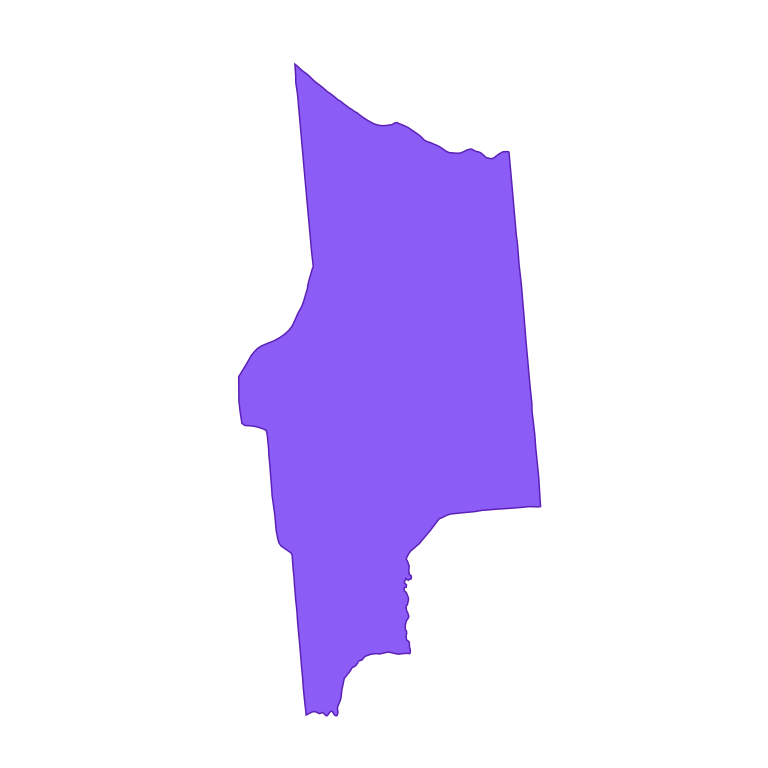 outline of Prasat Bakong, Siemréab, Cambodia, rotated 175°
{"feature_id": "14789045B83000183450022", "entity_name": "Prasat Bakong", "entity_type": "district", "adm_level": 2, "iso_a3": "KHM", "parent_name": "Cambodia", "parent_adm1": "Siemréab", "projection": "equal_earth", "projection_center": [104.001, 13.307], "detail": "fine", "context": "isolated", "style": "filled", "palette": "violet", "viewbox_px": 768, "rotation_deg": 175, "n_neighbors": 0, "source": "geoboundaries", "source_scale": "gbopen_adm2", "svg_char_len": 4315}
<svg xmlns="http://www.w3.org/2000/svg" viewBox="0 0 768 768"><g transform="rotate(175 384 384)"><path d="M381.8,113.2L381.1,114.9L381.0,117.8L381.5,119.2L381.4,120.6L381.5,122.1L381.3,124.4L382.0,125.7L383.4,126.7L384.0,127.9L383.8,131.6L383.1,133.9L383.2,136.2L384.1,137.5L384.0,140.3L383.5,143.0L382.2,146.3L381.0,147.6L380.1,149.0L379.5,150.3L380.1,153.2L381.0,155.6L381.4,157.6L381.3,158.8L381.4,160.8L380.1,161.9L379.6,163.1L378.8,165.7L378.4,166.9L378.4,168.8L378.6,170.0L379.1,171.5L379.9,174.1L380.8,175.3L381.6,176.0L381.9,177.7L381.4,179.4L379.6,179.6L379.1,181.9L380.1,183.1L380.9,183.6L380.8,185.5L380.1,186.5L379.1,188.3L378.4,187.3L376.7,186.4L375.7,187.3L374.2,187.3L373.5,188.9L373.7,190.7L375.0,192.0L375.9,192.8L375.3,194.1L375.6,195.6L375.1,198.4L374.8,200.9L375.4,202.7L375.9,205.1L377.1,207.5L376.7,208.7L375.5,210.7L374.2,212.8L372.0,215.3L369.2,217.2L366.2,219.5L362.7,221.9L360.0,224.8L356.6,228.1L353.6,231.1L350.9,233.8L346.7,238.4L344.2,241.2L341.6,244.0L340.5,245.1L339.3,245.3L337.1,246.1L332.5,247.9L328.8,248.7L322.9,248.8L317.0,248.9L310.5,248.9L304.4,249.0L297.2,249.6L292.2,249.5L282.9,249.5L276.4,249.3L269.8,249.2L264.6,249.1L257.8,249.1L250.6,249.2L244.6,248.6L241.1,248.1L238.7,248.3L238.5,258.8L238.1,272.5L238.0,276.3L238.1,287.6L238.4,306.9L238.2,320.3L238.5,330.9L238.9,344.0L238.4,351.7L238.6,363.7L238.7,373.1L238.8,414.8L238.6,442.1L238.5,470.2L239.0,491.4L238.8,511.3L239.2,520.7L239.2,575.2L239.3,604.2L240.7,604.8L245.0,605.0L247.5,604.0L250.0,602.8L253.0,600.9L255.2,599.4L257.8,599.1L261.2,600.3L262.6,600.7L264.8,603.2L267.6,606.0L270.1,607.2L272.3,607.8L276.1,610.3L277.7,610.5L280.9,609.9L284.4,608.5L286.7,607.8L287.9,607.4L291.8,607.6L295.6,608.3L298.6,608.7L301.6,610.3L304.2,612.5L307.4,615.1L310.3,617.0L313.6,618.7L316.8,620.5L319.2,621.4L322.4,623.2L325.8,627.4L328.8,630.2L331.9,632.7L334.7,635.0L337.5,637.3L340.9,639.3L344.6,641.3L346.7,642.4L348.4,643.3L350.7,643.1L352.3,642.1L354.0,641.6L356.5,641.5L360.0,641.3L363.5,641.5L367.0,642.3L370.3,643.6L373.8,645.6L376.5,647.5L378.5,648.9L381.8,651.6L384.7,654.1L387.4,656.6L390.2,658.5L391.8,660.0L394.2,661.8L395.3,662.7L397.4,664.6L399.0,666.0L400.6,667.5L401.8,668.7L402.6,669.5L403.5,670.0L405.4,671.4L407.0,673.1L408.7,674.8L411.6,677.5L413.4,679.0L414.7,679.9L416.7,682.0L418.3,683.7L419.5,684.9L421.1,686.5L422.7,687.9L425.2,690.1L427.5,692.4L429.3,694.5L430.7,696.2L432.6,698.3L434.9,700.5L437.6,702.8L440.6,706.0L443.6,709.2L444.9,710.4L445.1,699.1L445.6,691.8L444.9,680.2L444.8,587.3L444.6,522.2L444.3,510.9L444.3,507.0L445.8,504.0L447.2,500.3L449.6,494.1L451.1,489.7L452.1,485.5L454.5,479.4L457.0,473.0L459.6,467.7L463.2,462.6L467.1,455.5L468.0,454.0L469.2,451.8L471.0,449.1L474.3,445.6L478.9,442.1L484.4,439.0L490.1,436.5L497.0,434.5L502.8,432.6L506.8,430.5L510.1,427.7L513.6,424.2L516.8,419.5L520.0,414.9L524.1,409.4L528.1,404.0L528.8,395.3L529.2,390.6L529.4,387.6L530.0,379.9L529.8,369.9L529.0,357.2L526.2,354.8L520.7,354.0L516.0,352.9L511.4,351.2L508.7,350.0L505.3,348.1L504.9,344.5L504.7,341.3L504.7,338.1L504.6,330.0L504.9,322.3L504.8,313.9L504.9,305.2L505.0,296.3L505.0,290.0L505.2,282.8L504.8,274.9L504.5,269.1L504.2,262.7L504.2,256.0L504.2,247.6L503.3,239.2L502.6,235.1L500.7,231.6L498.6,229.9L496.4,228.0L493.9,226.0L491.4,223.9L490.4,221.5L490.5,217.6L490.6,210.6L490.6,205.1L490.5,199.1L490.7,191.7L490.7,185.8L490.8,178.1L490.6,168.9L490.6,162.5L490.8,155.5L490.8,144.1L490.7,133.3L490.7,121.8L490.8,109.4L490.7,98.3L490.9,88.4L490.8,82.0L490.7,73.5L490.5,67.5L490.4,61.0L488.7,61.8L486.9,62.4L485.0,63.2L483.1,63.8L481.2,63.5L479.9,63.0L477.2,61.3L475.7,61.6L473.6,62.2L472.6,60.8L471.3,59.5L470.6,58.5L469.4,58.6L468.6,59.4L467.5,60.8L466.2,62.1L465.0,62.7L464.1,62.1L463.0,60.4L462.4,58.8L460.6,57.6L459.7,57.9L458.6,60.2L458.5,62.1L458.7,65.1L457.9,67.3L456.7,69.6L455.4,72.1L454.3,74.7L453.4,79.1L452.6,83.1L451.6,86.2L450.8,89.0L449.8,92.3L449.1,94.4L446.6,96.8L445.4,98.3L443.9,99.6L441.9,102.2L440.3,104.4L438.0,105.1L436.8,105.9L434.6,108.1L434.0,109.6L432.6,110.5L430.5,110.8L429.3,111.6L428.4,112.8L426.8,114.2L424.3,115.0L422.6,115.4L420.6,115.9L417.5,116.1L414.9,116.0L413.3,115.7L410.9,115.4L409.7,115.9L407.7,116.0L404.9,116.4L403.1,116.6L399.7,115.6L395.8,114.3L393.3,113.6L385.9,113.8L381.8,113.2Z" fill="#8b5cf6" stroke="#5b21b6" stroke-width="1.5"/></g></svg>